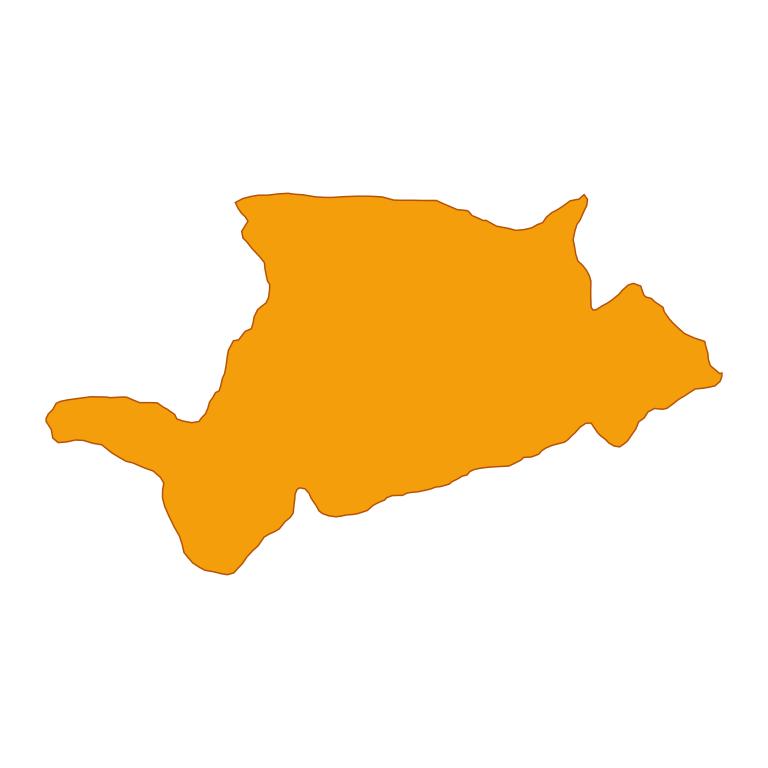 Kalbajar District, Kəlbəcər, Azerbaijan
{"feature_id": "54616110B37358032697149", "entity_name": "Kalbajar District", "entity_type": "district", "adm_level": 2, "iso_a3": "AZE", "parent_name": "Azerbaijan", "parent_adm1": "Kəlbəcər", "projection": "albers", "projection_center": [46.209, 40.052], "detail": "fine", "context": "isolated", "style": "filled", "palette": "amber", "viewbox_px": 768, "rotation_deg": 0, "n_neighbors": 0, "source": "geoboundaries", "source_scale": "gbopen_adm2", "svg_char_len": 3775}
<svg xmlns="http://www.w3.org/2000/svg" viewBox="0 0 768 768"><path d="M469.1,211.9L467.2,210.6L457.2,209.6L453.5,208.0L451.3,207.1L443.8,203.9L440.5,202.4L436.4,200.5L426.2,200.5L424.4,200.5L413.5,200.3L401.4,200.3L393.8,200.1L382.5,197.0L375.6,196.5L374.9,196.5L368.8,196.2L357.5,196.2L345.0,196.6L333.2,197.4L324.7,197.4L315.6,196.9L303.1,194.8L294.3,194.2L288.1,193.3L278.0,193.9L267.5,195.2L258.3,195.2L250.8,196.5L243.0,198.5L235.3,202.5L236.0,203.9L238.1,208.4L241.6,213.4L245.3,216.8L248.0,221.2L244.2,227.3L241.7,231.3L243.0,238.1L246.5,241.5L252.4,249.0L259.6,256.6L264.4,262.6L265.0,269.0L266.3,275.5L267.5,281.1L269.7,284.5L269.5,290.4L268.6,297.4L266.1,302.9L261.9,306.1L257.7,309.6L254.1,316.9L253.2,322.6L251.4,328.6L245.1,331.4L238.7,339.8L233.4,340.8L228.5,350.1L227.6,354.5L225.9,366.8L224.6,373.6L222.5,378.1L220.6,386.3L219.1,390.9L215.5,392.6L212.9,397.4L209.6,402.0L207.8,408.4L205.6,413.6L201.4,418.0L199.0,421.5L191.8,422.7L182.8,421.0L176.8,418.9L174.7,414.5L168.8,410.4L167.8,409.5L163.4,407.2L157.1,402.8L147.5,402.6L139.8,402.7L132.1,399.6L126.7,397.2L123.1,397.0L109.6,397.7L107.3,397.1L98.2,396.9L90.5,396.8L77.7,398.5L68.2,399.8L60.4,401.4L56.2,403.3L53.0,409.2L48.2,414.1L46.1,418.6L46.1,421.3L51.3,429.6L52.8,438.1L58.2,442.6L66.8,441.9L75.5,440.0L83.3,440.4L92.9,443.3L101.8,444.8L111.6,452.7L119.4,457.5L125.9,461.2L132.8,462.9L144.6,468.0L153.0,470.9L160.5,477.4L163.8,483.2L162.6,489.8L162.5,497.9L164.7,506.3L169.1,516.5L171.1,520.5L174.2,526.9L179.4,536.0L182.1,544.2L184.0,552.5L187.9,557.3L192.6,562.8L199.4,567.3L205.0,570.3L213.7,571.8L221.7,573.8L227.6,574.7L232.6,573.2L233.9,572.8L237.9,568.3L242.6,563.4L246.9,556.9L252.9,550.5L258.1,545.8L264.0,537.2L269.0,534.1L274.5,531.7L279.3,528.9L284.9,521.8L290.4,517.2L293.2,513.0L293.9,505.6L294.8,498.9L295.0,494.4L297.0,489.5L299.8,487.8L305.1,488.9L309.1,493.3L310.9,497.8L313.5,501.8L316.5,506.1L319.1,511.0L322.6,513.6L328.6,515.8L336.0,516.8L341.2,516.1L346.7,514.9L352.9,514.5L357.8,513.6L362.2,512.2L367.5,510.4L372.4,505.9L376.0,503.8L380.3,501.7L384.5,500.1L386.8,497.6L392.3,495.6L397.6,495.4L402.5,495.4L406.7,493.2L411.1,492.4L418.0,491.8L423.5,490.6L426.6,490.0L431.4,488.7L435.8,487.0L439.9,486.7L444.5,485.5L449.2,484.1L452.1,481.6L457.6,479.0L462.0,476.2L467.0,475.0L469.9,471.5L474.7,469.3L482.0,468.0L489.8,467.1L499.9,466.5L508.7,466.1L514.0,463.6L520.8,460.2L523.6,457.4L531.3,457.0L535.7,455.4L538.8,454.1L540.5,452.1L541.8,450.7L545.7,448.1L552.0,445.4L558.4,443.7L564.6,442.1L567.9,439.7L571.4,436.1L575.4,432.4L580.1,427.1L585.9,423.2L591.1,423.1L593.9,427.2L597.7,432.8L600.4,435.6L605.4,439.4L608.8,442.9L614.0,446.0L619.6,446.9L623.3,444.5L627.5,441.0L631.4,435.3L635.7,429.2L638.7,421.9L644.2,417.9L648.0,411.9L654.5,408.5L662.6,409.3L667.0,408.3L673.0,403.9L678.5,399.5L681.6,397.6L683.9,396.3L695.1,389.0L703.3,388.2L708.7,387.3L715.1,385.8L720.1,381.3L721.9,376.4L721.9,373.0L719.8,373.6L716.7,371.0L710.4,365.7L708.3,359.3L707.9,353.4L705.7,345.9L704.7,341.4L694.9,338.2L691.3,336.7L684.4,333.5L678.7,328.5L672.8,322.9L669.2,318.8L664.3,311.9L663.0,307.3L655.2,302.1L651.4,298.5L645.7,296.9L643.8,294.9L640.7,286.0L633.4,283.4L628.3,285.0L622.5,290.1L618.7,294.5L612.6,299.5L607.4,303.1L601.9,306.0L596.3,309.7L593.2,310.2L591.1,307.3L590.7,296.1L590.7,289.6L590.9,281.2L589.4,275.9L586.5,270.3L582.6,265.4L577.9,260.9L575.8,254.4L574.3,245.2L573.1,239.7L575.0,230.6L576.9,224.5L580.0,220.1L583.9,211.4L586.7,205.7L587.5,199.4L584.1,194.6L583.4,195.2L579.0,199.1L570.2,200.8L563.7,205.6L557.8,209.5L551.7,212.7L546.4,217.2L542.7,222.6L537.4,224.6L531.6,227.9L524.0,229.6L515.9,230.4L508.6,228.4L503.1,227.4L496.3,226.1L491.0,223.1L485.9,220.3L483.4,220.6L477.7,217.9L472.0,215.6L469.1,211.9Z" fill="#f59e0b" stroke="#b45309" stroke-width="1.5"/></svg>